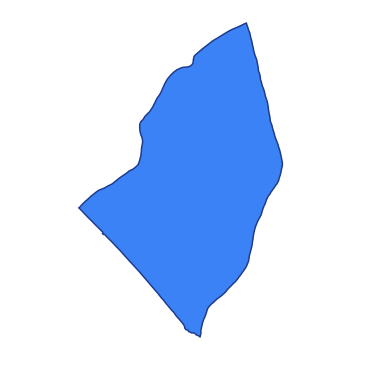 Haswin, Al Mahrah, Yemen, rotated 69°
{"feature_id": "15242507B7547411227389", "entity_name": "Haswin", "entity_type": "district", "adm_level": 2, "iso_a3": "YEM", "parent_name": "Yemen", "parent_adm1": "Al Mahrah", "projection": "mercator", "projection_center": [51.893, 15.725], "detail": "fine", "context": "isolated", "style": "filled", "palette": "blue", "viewbox_px": 384, "rotation_deg": 69, "n_neighbors": 0, "source": "geoboundaries", "source_scale": "gbopen_adm2", "svg_char_len": 5677}
<svg xmlns="http://www.w3.org/2000/svg" viewBox="0 0 384 384"><g transform="rotate(69 192 192)"><path d="M53.8,80.7L53.8,81.5L53.8,83.0L53.9,84.5L54.1,86.0L54.3,88.1L54.3,89.6L54.5,91.1L54.5,92.7L54.5,94.3L54.6,96.1L54.7,97.8L54.9,99.5L55.2,101.0L55.4,103.0L55.9,104.7L56.0,106.2L56.5,108.0L56.7,109.7L57.0,111.1L57.3,112.6L57.6,114.1L57.8,115.8L58.1,117.2L58.4,118.9L58.8,120.2L58.9,120.4L59.4,122.0L59.9,123.7L60.3,125.1L60.8,126.5L61.2,128.1L61.7,129.5L62.0,130.8L62.6,132.3L63.0,133.6L63.5,134.9L64.0,136.3L64.5,137.7L65.0,139.0L65.5,140.5L66.4,141.7L67.7,142.5L69.1,143.4L70.6,144.1L71.9,144.8L72.8,145.9L73.5,147.3L73.8,149.1L73.8,150.6L73.4,152.1L73.0,153.7L72.6,155.0L72.3,156.3L72.3,157.8L72.3,159.3L72.4,160.8L72.5,162.3L72.9,163.8L73.3,165.3L73.9,167.0L74.6,168.5L75.2,170.1L76.0,171.3L76.7,172.7L77.5,174.1L78.4,175.3L79.4,176.5L80.4,177.7L81.4,178.9L82.4,179.9L83.5,181.0L84.5,182.0L85.7,183.1L86.7,184.2L87.9,185.3L88.8,186.4L89.7,187.6L90.7,189.1L91.5,190.4L92.4,191.5L93.5,192.8L94.7,194.0L95.8,195.1L96.5,196.0L96.8,196.4L97.8,197.3L98.8,198.6L99.8,199.9L100.6,201.1L101.5,202.2L102.2,203.6L102.7,204.9L103.4,206.3L104.1,207.8L104.8,209.2L105.8,210.5L106.8,211.6L107.3,212.9L107.9,214.4L108.9,215.5L110.2,216.5L111.4,217.1L112.7,217.6L114.0,218.0L115.3,218.4L116.7,218.8L118.4,219.0L119.9,219.2L121.3,219.2L122.7,219.2L124.1,219.3L126.1,219.7L127.5,220.1L128.9,220.9L130.2,221.7L131.4,222.5L132.6,223.1L133.8,223.9L135.4,224.4L136.7,225.2L138.1,225.8L139.3,226.5L140.6,227.3L141.9,228.3L143.1,229.1L144.2,229.9L145.3,230.9L146.5,231.9L147.4,233.0L148.0,234.3L148.4,235.6L149.0,237.0L149.4,238.5L149.6,239.9L149.7,241.4L149.8,242.8L150.2,244.2L150.7,245.7L151.2,247.1L151.5,248.5L151.8,250.2L152.2,251.7L152.5,253.0L152.9,254.4L153.2,255.7L153.7,257.2L154.3,258.6L154.6,260.0L155.2,261.6L155.6,263.0L155.9,264.3L156.0,265.6L156.2,267.2L156.3,268.8L156.5,270.2L156.8,271.6L156.9,273.0L156.9,274.4L156.9,275.5L156.9,275.9L157.0,277.5L157.0,278.9L157.4,280.2L157.8,281.8L158.3,283.2L158.7,284.5L159.2,285.9L159.5,287.2L160.0,288.5L160.7,290.1L161.2,291.4L161.7,292.7L161.8,293.0L162.2,294.2L162.7,295.5L163.4,296.9L163.8,298.2L164.3,299.1L164.5,299.4L164.6,299.8L165.4,301.1L166.0,302.5L166.2,303.3L166.3,303.3L169.0,302.1L178.1,298.3L183.3,296.0L193.5,291.5L197.7,289.6L198.3,289.8L198.8,290.5L199.9,289.9L200.1,289.2L200.5,288.7L203.6,287.5L211.0,284.2L216.0,282.2L218.7,281.0L222.2,279.6L224.9,278.6L235.8,274.4L241.8,272.0L247.7,269.7L260.3,265.2L262.7,264.4L264.7,263.7L266.9,262.9L274.1,260.3L279.6,258.6L283.5,257.1L286.4,256.3L288.1,255.7L295.3,253.3L297.7,252.1L299.5,251.8L302.0,251.1L306.6,249.4L308.3,248.8L309.3,248.5L310.0,248.1L311.0,247.9L312.0,247.6L313.2,247.3L314.8,247.2L316.7,247.5L317.9,247.1L318.4,247.0L318.7,246.3L319.4,245.4L320.2,245.4L321.1,245.1L323.6,242.6L323.9,241.2L324.9,240.2L325.8,239.6L326.6,239.5L327.6,238.4L329.1,237.0L330.2,236.5L330.2,236.4L329.1,235.7L328.8,235.4L328.4,235.2L327.3,234.4L326.8,234.2L326.0,233.9L324.6,233.4L323.5,232.7L323.3,232.6L322.0,231.7L320.7,231.0L319.5,230.0L318.2,229.3L317.4,228.6L317.2,228.4L316.2,227.6L315.0,226.7L314.8,226.4L314.0,225.5L313.0,224.6L311.9,223.5L310.6,222.5L309.5,221.5L308.3,220.7L307.8,220.3L307.2,219.8L306.1,218.7L305.2,217.4L304.5,216.1L303.8,214.5L303.2,213.2L302.9,211.8L302.3,210.6L301.6,208.8L301.0,207.4L300.6,205.9L300.2,204.6L299.8,203.1L299.4,201.7L298.9,200.4L298.4,199.0L297.8,197.5L297.2,196.2L296.3,194.8L295.6,193.5L295.0,192.3L294.3,190.7L293.7,189.4L292.9,187.6L292.1,186.1L291.8,184.8L291.1,183.5L290.5,182.2L290.3,182.0L289.7,181.0L289.0,179.7L288.1,178.6L287.5,177.4L286.5,175.9L285.5,174.4L284.6,173.0L283.8,171.7L282.9,170.6L282.2,169.4L281.3,168.3L280.2,167.1L279.1,166.1L277.8,164.9L276.6,163.9L275.3,163.1L273.9,162.3L272.6,161.6L272.4,161.5L271.4,160.8L270.1,159.9L268.9,159.0L267.8,158.2L266.6,157.4L265.5,156.6L264.4,155.8L263.2,155.0L261.8,154.3L260.4,153.5L259.2,152.8L257.7,151.9L256.5,151.3L255.0,150.5L253.7,149.7L252.2,148.8L251.4,148.2L251.1,148.0L249.9,147.2L248.6,146.3L247.3,145.3L246.1,144.2L245.1,143.2L244.0,142.3L242.7,141.0L241.9,140.1L241.6,139.8L240.6,138.6L239.5,137.2L238.6,136.1L237.5,135.2L236.4,134.3L235.2,133.5L234.0,132.5L233.6,132.2L232.5,131.3L231.3,130.2L230.4,129.2L229.2,128.0L228.2,127.1L227.0,126.1L225.9,125.2L225.0,124.2L224.0,123.3L223.1,122.1L222.3,120.8L221.5,119.6L220.6,118.6L219.8,117.4L219.0,116.2L218.1,114.9L217.3,113.6L216.5,112.5L215.6,111.2L214.9,109.9L214.5,109.5L213.8,108.7L212.9,107.5L211.7,106.6L210.2,105.5L208.9,104.5L207.8,103.5L206.6,102.8L205.4,101.8L204.1,101.2L202.6,100.1L201.1,99.1L199.7,98.2L198.4,97.6L196.8,97.1L195.3,96.8L193.9,96.6L192.4,96.3L190.8,96.1L189.4,95.8L187.9,95.6L186.4,95.4L184.8,95.2L183.1,95.1L181.7,95.0L180.3,94.9L178.7,94.7L177.3,94.7L175.7,94.7L174.3,94.7L172.8,94.7L171.1,94.7L169.2,94.6L167.8,94.4L166.3,94.2L164.9,94.2L162.8,94.0L161.4,94.0L159.5,93.6L158.1,93.5L156.5,93.5L155.1,93.5L153.6,93.4L152.1,93.0L150.7,92.6L149.3,92.3L147.4,92.0L145.9,91.8L144.2,91.4L143.5,91.3L142.7,91.1L141.1,90.7L139.5,90.3L138.1,90.0L136.6,89.7L135.1,89.5L133.4,89.3L132.8,89.3L131.7,89.2L129.9,89.2L129.6,89.2L128.5,89.1L126.7,88.8L125.3,88.6L123.6,88.4L122.2,88.3L120.6,88.3L119.1,88.3L117.3,88.3L115.9,88.1L114.3,87.9L112.9,87.8L111.3,87.7L109.8,87.3L108.4,86.8L107.0,86.7L105.6,86.5L104.1,86.5L102.6,86.5L101.2,86.1L99.7,85.7L98.0,85.3L96.5,85.1L95.1,84.8L93.6,84.6L91.9,84.2L90.7,84.2L88.8,84.2L87.0,84.2L85.5,84.1L83.9,83.9L81.7,83.7L80.0,83.3L78.6,83.1L77.1,82.9L75.7,82.8L74.4,82.4L72.8,82.2L71.4,82.0L69.8,81.9L68.2,81.7L66.7,81.5L65.3,81.2L63.8,81.1L61.9,81.1L60.2,81.1L58.4,80.9L55.7,80.9L53.8,80.7Z" fill="#3b82f6" stroke="#1e3a8a" stroke-width="1.5"/></g></svg>